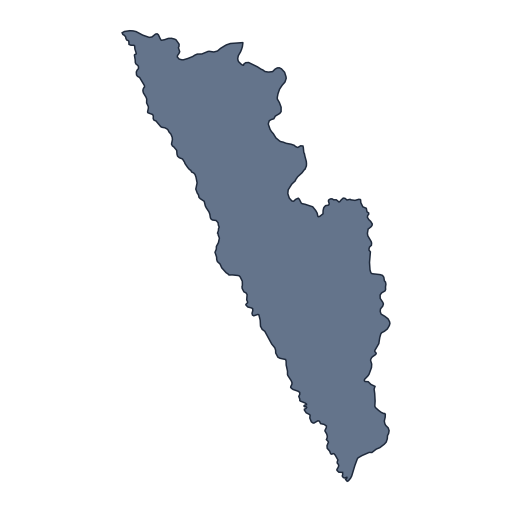 outline of Habero, Anseba, Eritrea
{"feature_id": "51966322B17309874943213", "entity_name": "Habero", "entity_type": "district", "adm_level": 2, "iso_a3": "ERI", "parent_name": "Eritrea", "parent_adm1": "Anseba", "projection": "albers", "projection_center": [38.311, 16.295], "detail": "fine", "context": "isolated", "style": "filled", "palette": "slate", "viewbox_px": 512, "rotation_deg": 0, "n_neighbors": 0, "source": "geoboundaries", "source_scale": "gbopen_adm2", "svg_char_len": 6021}
<svg xmlns="http://www.w3.org/2000/svg" viewBox="0 0 512 512"><path d="M350.1,199.3L347.0,200.0L344.9,198.3L343.2,198.1L341.3,199.8L339.8,201.6L339.0,202.0L336.3,199.8L333.7,199.8L332.0,198.8L330.5,198.9L329.3,199.5L328.6,200.1L328.4,201.1L329.2,203.7L328.9,204.7L328.3,205.2L325.7,205.6L324.6,206.6L323.7,207.9L323.1,210.5L323.0,213.8L319.7,216.4L318.3,216.7L317.8,216.2L317.2,213.2L315.7,210.5L312.7,206.8L305.2,204.3L302.0,203.6L301.2,203.0L299.3,199.2L298.2,198.2L295.6,199.4L293.9,201.0L293.2,201.3L291.8,200.9L289.3,198.1L287.8,193.6L288.2,189.8L291.7,184.2L295.4,180.7L295.5,179.9L297.7,176.7L302.0,172.8L304.5,169.5L305.0,169.3L306.4,165.9L306.5,163.6L306.3,161.4L304.9,156.2L304.4,153.6L303.8,152.5L303.3,147.4L302.9,146.0L300.6,145.8L298.0,147.4L297.4,147.4L295.5,146.5L294.2,145.3L291.0,144.2L286.1,143.3L283.1,142.1L280.7,141.6L279.6,141.0L275.9,137.9L273.4,133.8L271.4,131.5L270.1,129.4L268.4,124.5L268.4,123.3L269.3,120.7L271.4,119.5L273.8,118.8L275.3,116.1L279.8,113.4L281.1,111.6L281.1,107.2L279.4,102.6L277.3,99.0L277.3,97.3L278.0,93.7L279.6,89.1L282.2,85.2L285.0,82.0L286.2,78.3L286.0,76.7L284.6,72.3L281.5,68.9L279.4,67.8L277.3,67.9L275.1,69.1L272.6,71.6L268.5,72.1L264.9,71.5L262.8,69.9L261.1,69.2L257.4,66.8L248.6,62.5L245.7,62.7L243.9,64.0L243.5,65.2L242.8,65.2L241.4,64.4L238.7,61.8L238.1,60.7L237.7,58.6L238.3,55.7L240.6,51.7L241.6,49.2L242.4,46.6L242.9,42.8L242.7,42.6L230.4,43.5L226.3,44.9L223.9,46.3L220.5,48.4L217.5,51.0L213.8,52.0L209.4,51.3L208.1,51.4L201.8,54.0L197.2,54.1L194.7,55.2L192.8,56.5L187.5,58.6L183.4,59.8L181.9,59.8L179.2,59.1L177.3,57.0L177.5,55.5L179.0,53.4L179.7,51.7L178.4,47.7L179.0,46.4L179.1,44.2L176.0,39.8L174.6,39.1L171.5,38.3L168.3,38.4L164.6,39.7L161.5,40.3L161.0,40.0L160.1,38.5L158.4,34.8L157.1,33.8L155.5,34.1L151.9,37.0L149.2,37.4L142.7,35.1L136.1,31.6L133.1,30.9L129.8,30.7L124.4,31.5L122.1,32.8L122.9,34.5L124.3,35.3L125.6,36.8L125.9,38.4L126.7,40.0L128.2,40.6L128.8,41.2L129.0,44.4L130.8,45.2L133.9,45.3L134.6,45.9L134.9,49.0L136.3,53.5L136.1,54.0L134.7,54.6L134.4,55.1L135.2,60.0L135.3,62.5L135.9,63.9L138.0,65.6L138.5,66.9L138.4,68.7L137.2,70.0L136.3,72.0L136.5,74.9L137.5,76.3L139.6,77.5L144.4,85.5L144.5,87.1L143.7,87.9L143.1,89.2L142.9,90.8L143.4,92.9L146.0,97.2L146.7,99.0L146.6,102.9L148.3,106.5L148.4,108.0L147.6,111.8L147.7,112.4L148.0,112.8L152.6,114.5L153.3,116.0L153.2,118.5L153.7,119.8L154.3,120.3L155.9,120.9L160.8,126.7L162.0,127.3L164.9,127.8L166.9,128.9L168.0,129.9L169.0,132.0L170.9,134.1L172.2,137.3L172.4,139.7L171.5,144.1L172.4,145.9L173.9,147.0L176.7,150.4L177.0,154.3L177.6,156.2L179.3,157.7L182.5,159.0L184.6,162.3L185.0,163.6L187.7,167.5L189.5,169.6L190.7,170.2L191.6,172.0L193.6,172.9L195.0,174.4L196.0,177.2L197.1,182.9L195.8,189.1L197.3,193.2L198.4,194.7L199.0,197.4L200.3,198.7L204.2,201.3L205.3,205.9L206.3,207.9L208.9,211.8L209.8,214.1L210.4,217.8L211.1,219.1L212.4,220.0L216.1,220.5L218.0,222.6L218.4,225.3L219.2,227.1L218.5,228.7L218.4,230.7L217.5,233.1L218.0,233.6L218.2,235.0L219.4,238.1L218.4,242.7L216.4,246.4L216.3,249.2L215.0,252.3L216.6,257.1L216.7,259.5L217.4,261.6L220.1,264.1L221.7,267.8L226.1,272.7L228.1,274.0L228.6,274.7L229.1,275.0L232.3,274.9L237.9,275.5L239.3,275.9L240.1,276.8L242.3,281.2L242.4,285.2L242.0,286.7L242.2,288.5L243.9,291.8L246.0,292.9L247.1,294.6L246.7,299.9L247.5,301.6L247.6,302.7L245.9,304.4L246.0,305.1L247.8,307.0L251.4,307.9L252.6,308.6L252.8,310.6L252.0,313.3L252.5,315.1L253.8,315.8L257.6,314.5L258.5,314.6L258.9,314.9L260.2,320.2L260.5,326.2L262.2,329.4L264.8,331.3L271.7,344.0L274.8,347.8L275.6,350.2L275.7,353.0L277.9,357.2L280.0,358.3L285.6,359.5L286.1,361.1L286.2,365.1L287.5,371.1L287.5,374.6L287.9,375.6L291.2,380.7L292.0,382.7L291.9,384.3L290.8,386.5L290.7,387.4L291.4,388.3L293.1,389.5L298.0,391.2L299.7,392.4L299.8,394.2L298.8,396.4L299.8,399.1L299.8,400.6L300.6,401.2L304.9,402.9L306.5,404.0L306.5,404.7L304.6,405.2L304.0,405.8L304.0,406.2L304.5,406.7L306.3,406.8L306.7,407.3L306.1,408.4L304.4,409.2L304.4,410.1L306.2,412.8L309.3,414.4L310.1,415.2L309.8,418.0L311.3,421.8L312.8,422.9L313.9,423.1L317.7,420.9L318.7,420.9L319.5,421.4L320.6,423.6L324.1,424.4L326.4,426.0L326.3,427.7L325.0,430.3L325.0,431.1L326.7,434.0L327.3,436.2L327.1,438.0L326.4,439.6L328.1,441.4L328.4,442.2L327.0,445.7L327.2,448.3L329.7,451.2L330.4,453.2L331.0,454.0L331.8,454.2L333.0,453.6L333.9,453.7L335.2,455.1L337.9,459.9L337.2,462.0L337.2,463.0L338.4,464.5L338.7,465.7L338.3,467.1L336.9,469.5L337.0,470.4L338.8,472.2L342.6,472.4L342.7,474.7L342.3,475.5L342.4,476.4L343.4,477.6L344.5,478.0L346.8,477.3L347.0,477.8L345.6,479.5L347.2,481.3L348.4,480.8L350.5,478.3L351.7,476.0L354.9,465.4L357.3,458.9L358.1,457.8L362.1,455.5L369.2,452.4L371.9,452.5L376.3,449.1L379.9,447.6L384.3,444.2L386.2,442.1L387.3,438.8L387.5,435.6L388.6,433.5L389.1,430.7L388.2,427.9L385.7,425.4L384.8,423.6L384.3,421.1L385.2,417.1L385.3,414.2L384.7,413.5L383.7,413.5L381.1,412.3L378.6,410.4L375.5,407.6L374.8,406.3L375.1,401.0L374.7,393.4L374.1,389.1L375.0,386.4L370.9,384.4L368.2,381.7L365.1,381.5L364.5,381.0L364.3,380.2L364.7,379.2L367.8,376.0L369.0,374.3L371.1,368.6L371.5,367.4L371.7,364.1L370.6,360.5L370.7,359.4L371.5,357.8L372.4,356.8L375.4,354.7L376.2,353.7L375.9,352.7L374.8,351.6L374.8,350.5L378.8,343.6L379.8,337.4L380.8,333.9L381.7,332.7L384.4,331.3L387.3,329.0L389.3,325.6L389.9,323.5L389.6,321.8L388.1,318.9L384.8,316.3L381.4,314.3L380.9,313.7L380.2,311.3L380.5,308.9L382.7,306.2L383.4,304.0L382.9,302.5L380.2,298.4L380.1,295.0L381.6,292.9L385.0,290.9L385.6,289.5L385.5,287.0L385.9,284.2L385.5,282.1L384.4,280.8L383.8,277.2L382.5,275.4L380.1,274.6L372.9,273.8L371.6,273.5L370.8,272.6L370.0,269.9L369.5,262.4L370.4,251.9L369.0,250.1L369.0,248.7L369.6,246.9L371.4,245.3L371.6,243.1L371.2,241.6L367.8,235.8L367.4,233.4L368.1,229.1L371.0,226.8L372.0,225.5L372.3,224.0L370.7,221.4L368.7,219.5L367.4,217.3L367.6,215.6L368.7,214.3L368.7,213.0L367.0,211.8L366.3,208.3L362.8,206.8L360.8,202.6L360.6,199.9L360.3,199.5L358.8,199.3L355.0,200.4L350.8,199.8L350.1,199.3Z" fill="#64748b" stroke="#1e293b" stroke-width="1.5"/></svg>